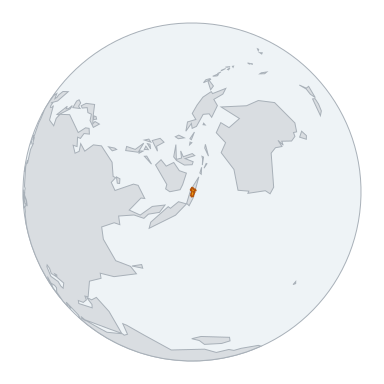 globe centered on Jawa Tengah, rotated 280°
{"feature_id": "IDN-1224", "entity_name": "Jawa Tengah", "entity_type": "Province", "adm_level": 1, "iso_a3": "IDN", "parent_name": "Indonesia", "parent_adm1": "", "projection": "orthographic", "projection_center": [110.164, -7.029], "detail": "fine", "context": "on_globe", "style": "filled", "palette": "amber", "viewbox_px": 384, "rotation_deg": 280, "n_neighbors": 0, "source": "natural_earth", "source_scale": "10m", "svg_char_len": 8120}
<svg xmlns="http://www.w3.org/2000/svg" viewBox="0 0 384 384"><g transform="rotate(280 192 192)"><circle cx="192" cy="192" r="169" fill="#eef3f6" stroke="#a8b0b8"/><path d="M344.4,231.6L344.2,232.8L344.4,231.6ZM260.1,37.4L256.8,36.0L259.1,37.0L248.9,32.9L252.5,34.3L260.1,37.4ZM49.3,101.6L48.7,103.3L51.2,101.5L61.7,87.3L57.6,89.7L62.3,83.7L69.9,76.2L74.2,75.2L76.2,72.9L77.9,68.8L83.6,64.3L79.1,67.2L77.5,69.1L74.6,71.2L75.9,69.7L77.9,68.0L77.8,67.6L68.7,76.6L66.0,79.5L64.8,80.8L73.1,71.9L82.1,63.7L91.6,56.1L101.7,49.2L112.2,43.0L123.2,37.7L120.7,38.8L124.1,37.3L123.5,37.7L129.4,35.2L129.3,35.3L135.3,32.9L135.8,32.9L131.9,34.4L141.2,31.5L143.9,31.3L146.1,30.6L147.7,30.0L150.1,30.7L151.6,30.2L151.4,29.7L154.2,28.5L160.2,27.0L160.7,27.3L158.6,27.9L155.0,30.0L149.4,32.0L150.2,32.0L155.2,30.4L159.6,27.8L163.0,26.8L161.6,27.8L162.4,27.3L164.3,27.0L166.6,27.1L168.5,26.0L188.4,23.8L194.9,24.4L191.4,25.0L205.8,25.6L212.0,27.3L211.8,26.7L218.6,27.3L216.7,26.7L217.1,26.5L233.7,29.1L238.0,30.4L244.8,31.9L244.7,31.8L242.0,30.8L248.9,32.9L259.1,37.0L258.8,37.1L265.3,40.1L263.8,40.0L265.5,41.8L260.1,40.8L261.9,42.7L264.3,43.7L268.6,47.5L269.3,52.7L258.3,43.8L255.3,37.6L255.6,39.4L252.4,37.9L250.7,37.9L251.2,39.6L253.1,40.5L238.1,39.2L233.2,44.3L241.0,45.5L245.6,48.6L246.9,58.1L230.8,69.6L236.7,76.0L236.8,79.6L231.2,80.9L230.8,75.5L225.4,72.8L226.1,69.8L216.8,70.9L217.4,66.8L209.9,70.1L212.4,73.8L220.3,74.0L213.6,79.3L221.3,86.7L221.7,94.8L207.5,108.1L193.7,111.6L192.8,114.3L187.5,110.8L180.1,115.9L189.6,133.0L189.2,137.8L177.4,146.6L177.2,142.8L163.3,133.3L160.3,145.0L170.9,155.4L174.5,167.7L166.3,163.5L162.6,152.9L157.7,149.2L159.3,138.9L155.6,123.9L147.3,126.6L148.2,120.7L141.9,109.1L130.1,112.9L111.1,128.8L108.1,144.3L101.8,151.5L95.1,129.9L96.1,115.7L91.2,117.4L86.4,106.5L70.8,107.9L70.9,104.6L67.4,106.7L64.4,104.1L65.4,98.9L62.5,99.9L60.6,113.8L63.9,113.0L69.9,106.5L68.4,111.9L71.6,116.1L60.0,131.0L40.6,147.3L42.5,136.0L47.6,108.6L49.6,105.2L49.8,104.8L50.1,104.2L46.6,109.8L48.8,104.7L42.0,123.7L39.1,132.6L40.3,148.1L39.2,150.1L40.7,153.2L50.3,146.7L49.5,150.6L42.6,170.1L32.8,199.0L36.3,216.3L39.4,231.7L38.2,243.8L43.3,255.6L43.3,260.8L46.6,267.6L49.5,275.7L52.5,284.0L52.2,286.6L48.3,280.6L44.2,273.9L38.8,263.2L34.1,252.1L30.2,240.7L27.1,229.0L24.9,217.1L23.6,205.1L23.0,193.1L23.4,181.0L24.6,169.0L26.7,157.2L29.6,145.4L33.3,134.0L37.9,122.8L43.2,112.0L49.3,101.6ZM133.0,33.7L131.5,34.3L126.7,36.2L133.0,33.7ZM74.9,81.8L80.1,81.5L84.6,73.8L86.9,73.2L87.6,71.0L84.9,73.3L87.4,67.5L92.1,65.0L95.0,62.0L93.3,62.0L84.4,67.7L80.6,75.7L76.5,79.2L74.9,81.8ZM59.1,90.0L56.3,93.1L56.8,92.0L57.7,91.2L59.1,90.0ZM54.6,93.6L54.4,94.0L54.6,93.6ZM118.4,307.6L121.9,309.7L119.8,310.0L118.4,307.6ZM51.3,226.0L55.4,254.2L52.0,255.3L48.0,247.5L44.1,230.7L47.0,225.0L47.5,217.2L51.3,226.0ZM217.5,199.7L222.6,201.0L222.4,201.8L217.5,199.7ZM212.1,196.4L218.0,197.2L211.1,198.0L212.1,196.4ZM220.3,197.5L226.3,196.7L228.9,195.6L228.4,197.3L220.3,197.5ZM208.1,196.1L186.5,194.2L178.0,191.5L179.9,188.7L193.7,190.3L208.1,196.1ZM179.3,188.6L166.3,179.8L148.8,156.1L155.1,156.6L173.4,171.1L172.2,173.6L180.1,180.4L179.3,188.6ZM210.8,175.8L209.6,183.2L197.6,181.5L192.2,179.9L188.4,170.1L190.5,165.5L195.0,165.9L212.3,151.4L218.4,155.9L213.0,162.1L217.9,168.9L210.8,175.8ZM108.7,145.7L111.8,155.0L108.4,156.7L108.7,145.7ZM219.5,141.2L212.4,147.3L218.9,138.9L219.5,141.2ZM223.4,133.3L223.8,136.7L221.0,133.2L223.4,133.3ZM192.5,118.7L187.8,119.2L187.7,116.9L193.7,115.0L192.5,118.7ZM222.0,102.0L221.8,108.3L220.8,110.4L218.7,106.3L222.0,102.0ZM165.1,25.5L156.1,27.1L150.2,28.6L147.7,29.6L147.4,29.2L156.6,26.9L165.1,25.5ZM185.4,23.8L187.6,23.4L189.2,23.5L185.4,23.8ZM184.9,23.6L182.8,23.4L185.7,23.2L186.8,23.4L184.9,23.6ZM304.6,294.6L305.3,297.0L300.5,301.4L294.3,305.3L289.5,305.2L304.6,294.6ZM263.8,295.4L264.7,288.5L270.9,289.4L267.4,294.9L263.8,295.4ZM308.8,291.6L313.2,286.7L316.0,279.1L314.1,286.5L316.3,288.5L306.4,297.0L308.8,291.6ZM244.0,263.2L210.9,271.6L203.8,269.2L206.0,264.0L200.4,247.3L202.7,247.8L201.7,237.0L221.5,229.4L235.8,213.9L246.4,216.5L254.6,205.6L265.3,208.3L261.8,217.3L272.6,226.0L280.8,205.9L286.4,230.7L293.6,241.4L294.4,257.8L277.9,281.3L269.4,284.6L268.2,281.6L264.6,283.7L259.5,281.2L257.6,271.6L253.9,273.7L257.8,267.7L252.4,272.7L250.1,266.5L244.0,263.2ZM320.1,238.2L321.4,239.5L323.2,244.8L321.1,243.0L320.1,238.2ZM341.0,234.5L341.3,237.0L340.0,236.7L341.0,234.5ZM344.0,232.9L342.6,232.7L344.4,231.6L344.0,232.9ZM328.4,227.1L328.9,228.9L328.3,229.2L328.4,227.1ZM327.9,226.3L328.8,224.3L328.6,226.7L327.9,226.3ZM321.9,210.8L322.8,210.0L323.2,211.1L321.9,210.8ZM230.2,202.0L237.5,196.9L241.3,196.9L230.2,202.0ZM320.8,207.8L318.6,206.8L318.9,205.7L320.8,207.8ZM321.0,205.0L320.8,203.2L322.1,207.8L321.0,205.0ZM316.9,199.7L319.5,203.7L316.6,200.0L316.9,199.7ZM315.3,199.6L313.4,197.6L313.5,197.1L315.3,199.6ZM292.5,195.2L299.9,207.3L293.8,205.4L287.0,197.4L281.5,202.0L269.0,198.4L272.0,195.3L270.4,189.5L257.4,185.0L254.7,181.1L259.4,179.5L250.8,175.4L260.2,175.4L264.1,183.2L269.4,178.6L278.5,181.9L287.3,186.3L294.2,193.5L292.5,195.2ZM260.2,191.2L261.8,191.5L260.3,193.4L260.2,191.2ZM309.6,192.3L312.5,196.8L312.1,197.6L310.7,196.6L309.6,192.3ZM295.9,192.6L303.4,188.7L305.1,189.3L300.1,194.7L295.9,192.6ZM301.6,184.3L305.0,186.2L306.8,190.1L306.1,190.8L301.6,184.3ZM240.9,181.4L240.5,183.3L238.0,181.4L240.9,181.4ZM244.1,180.7L251.5,184.0L243.4,182.3L244.1,180.7ZM221.4,170.9L223.6,175.8L230.5,173.7L225.2,177.3L229.9,185.6L228.3,188.4L223.7,179.4L222.0,187.9L218.9,187.4L217.2,179.8L220.4,171.2L223.4,167.9L235.9,167.9L221.4,170.9ZM244.0,175.0L242.1,169.3L243.5,166.0L245.7,169.1L244.0,175.0ZM236.2,155.8L230.9,149.2L226.2,150.9L235.8,143.9L239.3,151.3L236.2,155.8ZM231.7,142.3L227.2,143.8L231.9,139.7L231.7,142.3ZM226.1,141.7L225.6,137.6L229.1,138.6L226.1,141.7ZM234.0,142.8L234.9,136.1L236.6,140.3L234.0,142.8ZM224.1,128.7L231.7,136.0L221.8,132.1L221.3,119.5L225.5,119.7L224.1,128.7ZM247.2,85.4L246.2,82.3L249.9,82.3L249.6,84.4L247.2,85.4ZM261.3,80.9L250.6,81.4L241.9,82.5L244.6,84.2L242.8,89.0L238.5,83.6L244.6,79.2L251.2,79.4L252.1,75.7L256.9,74.1L255.6,69.3L257.7,67.9L260.9,72.4L261.3,80.9ZM254.8,67.3L254.4,60.0L261.5,62.6L263.2,64.8L260.4,66.9L256.8,65.4L254.8,67.3ZM256.3,59.1L252.8,57.7L244.8,47.0L244.9,45.5L254.8,54.3L252.0,53.6L252.7,55.9L256.3,59.1ZM243.3,31.0L242.9,30.9L243.3,31.0ZM216.0,26.2L216.8,26.0L218.9,26.5L216.0,26.2ZM220.3,26.0L217.4,25.6L220.3,25.9L220.3,26.0ZM210.8,24.9L216.1,25.4L211.4,25.1L210.8,24.9Z" fill="#d9dde1" stroke="#a8b0b8" stroke-width="1"/><path d="M188.3,191.4L188.4,191.5L188.5,191.5L188.6,191.4L188.9,191.4L189.0,191.5L189.6,191.5L189.9,191.5L190.0,191.3L190.7,191.5L191.2,191.7L191.3,191.7L191.5,191.7L191.9,191.6L192.0,191.6L192.3,191.7L192.5,191.8L192.8,191.8L192.9,191.7L193.1,191.6L193.2,191.4L193.4,191.0L193.4,190.9L193.5,190.8L193.5,190.6L193.5,190.4L193.8,190.3L193.9,190.2L194.0,190.2L194.3,190.2L194.5,190.2L194.5,190.3L194.6,190.5L194.8,190.9L194.8,191.0L195.5,191.1L195.8,190.9L196.0,190.9L196.3,191.0L196.3,191.3L196.3,191.5L196.2,191.7L196.2,191.8L196.2,192.1L196.2,192.3L196.1,192.5L195.9,192.7L195.8,192.8L195.7,192.8L195.4,192.8L195.4,192.7L195.2,192.7L195.0,192.8L195.0,193.0L195.0,193.5L195.1,193.8L195.0,194.0L195.3,194.2L195.3,194.3L195.3,194.5L195.2,194.7L195.0,194.8L194.9,194.8L194.7,194.9L194.5,195.0L194.4,195.1L194.3,195.3L194.3,195.5L194.2,195.5L194.0,195.3L193.9,195.3L193.9,195.2L193.8,194.7L193.8,194.4L193.7,194.4L193.4,194.3L193.2,194.3L193.0,194.2L192.9,194.0L192.8,193.6L192.7,193.7L192.4,193.9L192.3,194.0L192.3,193.9L192.2,193.9L191.9,193.9L191.9,194.0L191.7,194.4L191.7,194.5L191.3,194.4L191.2,194.4L190.8,194.3L190.5,194.2L190.0,194.2L189.9,194.2L189.7,194.0L189.2,194.0L188.9,193.9L188.7,194.0L188.4,194.0L188.3,193.9L188.2,193.7L188.1,193.8L187.8,193.7L187.8,193.3L187.8,193.2L187.7,193.1L187.6,192.9L187.4,192.9L187.3,192.7L187.3,192.4L187.5,192.3L187.8,192.3L187.8,192.2L188.0,192.1L188.0,191.9L188.0,191.7L188.3,191.4L188.3,191.4ZM188.7,194.2L188.4,194.1L188.2,194.1L188.0,193.9L188.2,194.0L188.4,194.0L188.5,194.0L188.7,194.2Z" fill="#f59e0b" stroke="#b45309" stroke-width="1.5"/></g></svg>